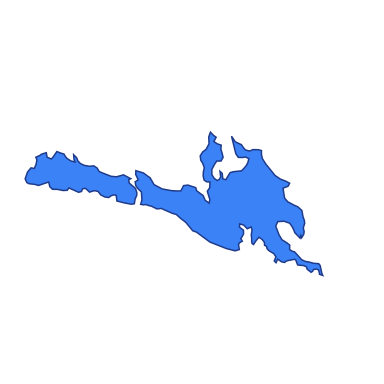 Taean-gun, South Chungcheong, South Korea, rotated 118°
{"feature_id": "91817680B59614790278386", "entity_name": "Taean-gun", "entity_type": "district", "adm_level": 2, "iso_a3": "KOR", "parent_name": "South Korea", "parent_adm1": "South Chungcheong", "projection": "albers", "projection_center": [126.283, 36.694], "detail": "fine", "context": "isolated", "style": "filled", "palette": "blue", "viewbox_px": 384, "rotation_deg": 118, "n_neighbors": 0, "source": "geoboundaries", "source_scale": "gbopen_adm2", "svg_char_len": 3423}
<svg xmlns="http://www.w3.org/2000/svg" viewBox="0 0 384 384"><g transform="rotate(118 192 192)"><path d="M220.6,123.2L216.8,126.1L214.7,126.3L211.8,124.5L210.2,127.0L207.7,126.8L204.8,126.8L201.6,128.6L200.7,133.6L197.8,134.9L196.9,130.9L198.5,125.9L195.1,123.4L197.4,121.1L201.9,119.6L205.3,117.3L207.5,116.2L209.3,114.8L209.5,113.0L205.0,112.6L200.5,111.7L201.0,107.6L202.5,104.4L205.0,102.9L205.0,100.6L206.8,99.2L207.7,96.5L208.0,90.9L209.8,87.5L214.3,87.0L215.0,84.6L211.1,84.8L211.6,80.1L210.7,77.1L208.9,76.4L207.3,74.9L205.7,72.8L203.4,70.1L203.2,68.6L206.8,64.5L206.1,62.5L204.6,59.1L204.3,55.9L206.1,54.1L207.0,49.2L205.5,48.3L203.4,48.3L201.6,46.0L201.4,43.7L203.2,41.9L204.8,40.8L204.3,37.4L202.8,39.2L200.1,41.5L196.7,44.4L195.8,46.5L197.8,51.0L198.9,55.9L200.1,59.5L200.3,63.4L198.9,67.2L196.7,73.3L197.3,76.2L196.9,78.9L193.1,80.7L192.4,83.9L191.9,90.2L189.0,95.0L182.9,102.0L177.9,102.4L174.6,97.0L173.7,91.1L175.5,87.5L177.7,84.3L179.7,82.1L180.4,79.8L182.0,74.9L179.3,75.5L180.9,73.7L176.8,73.5L174.3,74.4L171.4,76.9L166.7,77.8L164.2,79.6L161.7,82.4L156.8,86.2L155.4,91.5L155.7,95.8L155.7,102.8L153.9,107.4L149.3,110.9L145.8,113.4L141.9,109.9L138.4,109.9L138.4,114.1L139.1,120.1L138.4,126.4L132.7,139.9L129.5,145.5L126.3,148.3L122.8,150.1L123.5,153.3L126.0,158.2L128.8,160.3L129.8,164.6L128.4,168.1L127.0,170.6L127.4,177.3L124.2,183.3L137.6,171.3L139.7,167.4L138.0,163.9L135.9,161.0L135.9,157.5L139.7,156.5L143.3,156.5L146.5,157.2L150.0,158.2L154.9,165.3L157.0,167.4L162.0,167.8L165.2,167.8L165.9,171.0L161.3,174.1L160.6,177.0L165.2,173.8L168.0,173.8L170.1,175.2L169.4,179.1L167.3,182.6L162.7,185.1L157.0,185.1L153.1,184.7L151.0,180.9L146.8,180.8L143.2,184.0L140.8,186.5L136.9,188.3L137.6,192.1L137.2,196.4L132.3,196.4L131.9,199.6L130.5,203.8L135.4,203.1L141.5,199.6L143.6,199.6L147.8,199.6L151.7,201.4L156.3,201.7L159.8,199.2L161.6,196.1L164.8,192.5L168.7,191.5L172.6,189.7L175.8,186.9L176.1,183.7L174.7,180.9L179.7,178.4L184.2,178.8L186.4,176.6L190.3,172.7L193.8,171.7L193.1,176.6L189.9,180.5L188.8,188.3L186.4,190.8L187.8,198.9L190.3,202.4L196.3,202.4L198.4,206.3L200.5,210.9L203.3,219.8L203.3,229.0L199.1,235.7L198.7,239.2L198.0,243.8L199.5,251.6L203.0,249.9L206.5,245.2L209.7,247.0L212.9,244.5L214.7,240.6L215.7,236.7L222.5,232.5L227.0,231.5L226.1,228.8L224.8,227.0L224.3,223.8L223.6,221.3L223.4,215.2L222.5,213.6L220.9,211.4L220.7,207.3L220.0,198.9L219.2,195.4L220.7,189.4L221.7,183.3L225.9,173.1L225.3,169.2L227.8,152.6L225.8,135.1L223.7,126.3L220.6,123.2ZM233.4,246.6L231.3,239.9L229.5,237.4L224.9,238.9L221.0,239.2L218.6,240.3L215.4,243.5L213.6,251.6L210.8,253.7L209.0,252.3L209.0,257.3L209.0,260.5L214.0,265.8L216.1,270.7L217.2,279.9L217.5,283.5L215.4,287.0L215.0,290.9L217.5,294.8L219.0,299.4L219.3,303.7L218.2,307.2L215.8,310.1L214.7,314.0L218.6,311.5L220.4,309.4L221.4,313.3L221.1,317.9L220.0,320.7L218.6,322.8L219.3,326.4L219.7,330.3L226.1,331.0L228.9,331.7L229.3,336.3L225.7,339.1L229.3,342.7L231.0,343.4L234.6,346.2L236.4,344.1L240.6,342.7L245.2,342.3L246.3,345.5L251.6,346.6L258.7,345.5L261.2,342.3L261.2,339.8L259.1,334.5L258.3,330.6L253.7,326.3L250.5,323.2L254.1,320.0L255.1,316.4L253.0,312.5L251.2,306.5L249.1,303.0L246.2,302.6L245.9,298.0L245.5,292.0L243.4,289.8L240.6,290.2L238.8,287.7L240.2,282.4L236.7,278.9L235.6,275.3L237.4,271.1L237.3,266.5L235.9,262.9L233.1,261.5L231.0,259.4L230.6,257.3L235.2,254.1L233.4,246.6Z" fill="#3b82f6" stroke="#1e3a8a" stroke-width="1.5"/></g></svg>